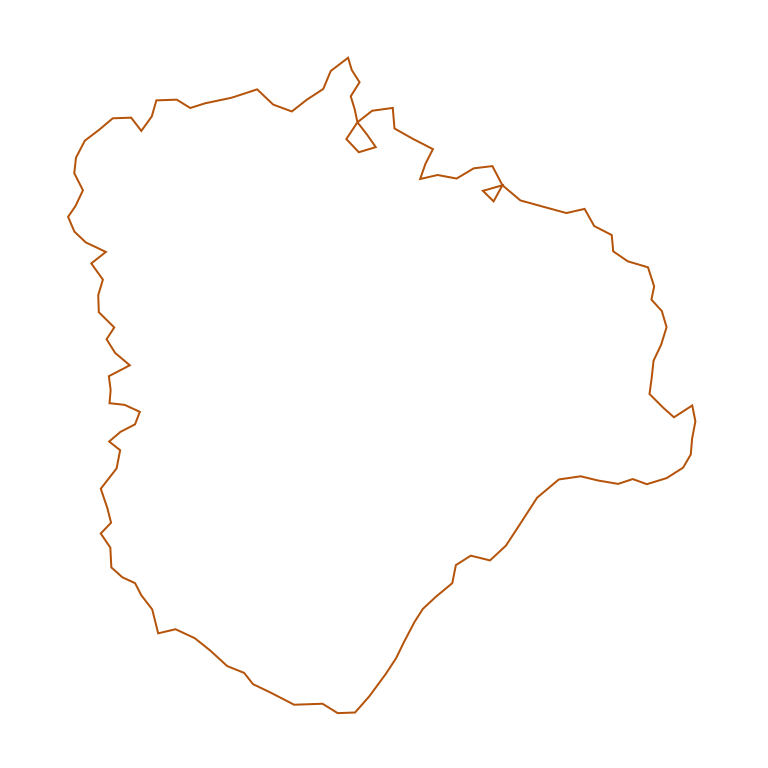 the district of Santa Terezinha do Progresso, Santa Catarina, Brazil, rotated 88°
{"feature_id": "56859067B77763661089078", "entity_name": "Santa Terezinha do Progresso", "entity_type": "district", "adm_level": 2, "iso_a3": "BRA", "parent_name": "Brazil", "parent_adm1": "Santa Catarina", "projection": "natural_earth1", "projection_center": [-53.177, -26.585], "detail": "fine", "context": "isolated", "style": "outline", "palette": "amber", "viewbox_px": 768, "rotation_deg": 88, "n_neighbors": 0, "source": "geoboundaries", "source_scale": "gbopen_adm2", "svg_char_len": 1816}
<svg xmlns="http://www.w3.org/2000/svg" viewBox="0 0 768 768"><g transform="rotate(88 384 384)"><path d="M625.3,618.4L621.8,600.9L631.5,581.9L644.3,567.0L660.4,550.6L667.9,533.8L679.4,525.4L688.5,508.0L701.4,485.0L701.4,456.6L711.3,441.8L711.3,424.4L695.5,409.5L673.5,392.1L658.3,381.4L642.5,373.0L622.7,361.7L610.1,353.0L598.6,339.8L585.4,322.7L567.5,318.5L558.6,303.3L564.0,284.2L549.8,267.8L532.4,255.5L502.9,234.9L485.5,212.6L483.1,190.6L487.9,173.5L492.0,153.5L487.7,138.7L493.3,124.8L487.9,104.8L478.0,88.0L465.2,79.9L449.4,78.0L432.2,74.1L416.2,76.7L427.4,95.4L417.8,105.4L403.3,119.0L386.2,116.1L370.1,113.8L354.5,105.7L337.1,99.6L320.8,103.8L309.0,113.8L295.9,110.6L276.6,116.1L269.9,136.1L259.4,150.3L243.1,151.2L233.5,168.4L216.0,177.4L219.5,195.8L212.8,217.4L205.3,241.3L189.5,258.7L170.0,268.1L171.6,286.8L181.2,304.3L177.0,323.3L180.4,340.7L165.4,334.9L151.0,326.9L140.0,346.6L129.0,364.6L108.4,365.6L110.5,386.3L121.5,401.4L108.4,403.7L95.3,407.2L81.6,397.9L69.0,405.3L56.7,408.5L69.3,426.3L87.0,434.4L97.1,451.1L108.4,466.6L100.9,485.0L85.1,500.5L92.6,526.4L97.2,552.8L101.4,568.0L92.6,581.2L92.6,601.6L108.4,606.7L122.6,617.7L109.0,627.4L109.0,645.8L119.9,659.7L130.4,674.5L147.0,683.9L162.5,686.2L179.9,678.1L195.5,686.2L205.9,693.9L220.9,688.1L232.1,677.1L242.3,657.4L253.3,672.3L269.9,661.3L285.2,666.5L302.3,666.5L318.1,651.6L329.6,659.7L343.6,651.6L356.4,637.4L366.6,658.7L380.5,657.4L393.6,659.0L395.8,643.9L403.3,629.0L415.6,634.2L422.6,649.0L431.9,660.7L441.0,650.0L459.0,654.2L478.8,670.7L498.1,664.9L513.1,661.6L523.5,672.3L538.0,663.2L557.8,662.9L568.0,652.3L574.4,639.7L586.7,633.9L601.2,623.5L625.3,618.4ZM121.5,401.4L134.4,392.1L147.0,384.0L151.5,401.1L137.9,413.1L121.5,401.4ZM189.5,258.7L205.3,268.1L194.4,278.4L189.5,258.7Z" fill="none" stroke="#b45309" stroke-width="2"/></g></svg>